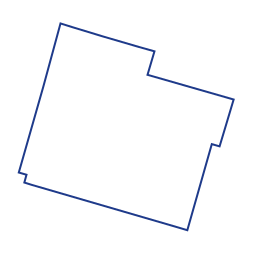 the district of Prentiss, Mississippi, United States of America, rotated 196°
{"feature_id": "52423323B17129375246846", "entity_name": "Prentiss", "entity_type": "district", "adm_level": 2, "iso_a3": "USA", "parent_name": "United States of America", "parent_adm1": "Mississippi", "projection": "albers", "projection_center": [-88.507, 34.61], "detail": "fine", "context": "isolated", "style": "outline", "palette": "blue", "viewbox_px": 256, "rotation_deg": 196, "n_neighbors": 0, "source": "geoboundaries", "source_scale": "gbopen_adm2", "svg_char_len": 369}
<svg xmlns="http://www.w3.org/2000/svg" viewBox="0 0 256 256"><g transform="rotate(196 128 128)"><path d="M204.8,46.8L50.9,46.2L42.8,46.1L43.0,135.6L34.9,135.6L34.6,157.9L34.3,184.5L123.9,184.5L123.7,209.0L139.9,208.9L178.0,209.1L209.2,209.6L221.7,209.9L220.8,144.6L220.7,55.1L212.7,55.1L212.6,47.0L204.8,46.8Z" fill="none" stroke="#1e3a8a" stroke-width="2"/></g></svg>